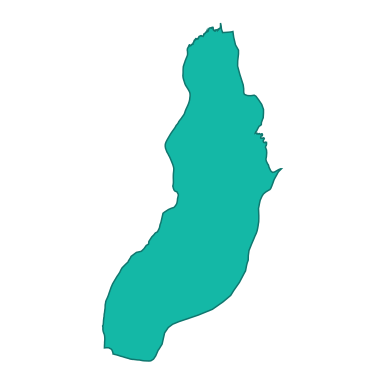 outline of Ngoi, Louangphrabang, Laos
{"feature_id": "54806243B52412809783440", "entity_name": "Ngoi", "entity_type": "district", "adm_level": 2, "iso_a3": "LAO", "parent_name": "Laos", "parent_adm1": "Louangphrabang", "projection": "equal_earth", "projection_center": [102.68, 20.655], "detail": "fine", "context": "isolated", "style": "filled", "palette": "teal", "viewbox_px": 384, "rotation_deg": 0, "n_neighbors": 0, "source": "geoboundaries", "source_scale": "gbopen_adm2", "svg_char_len": 5914}
<svg xmlns="http://www.w3.org/2000/svg" viewBox="0 0 384 384"><path d="M187.5,51.4L187.6,53.8L187.5,55.0L187.1,56.2L186.3,58.1L185.3,60.5L184.9,61.8L183.8,65.0L183.3,66.6L183.2,68.0L183.1,69.8L183.1,72.5L183.0,74.4L182.9,75.7L183.1,77.6L183.5,79.3L184.1,81.1L184.9,83.7L185.6,85.3L187.9,88.9L188.8,90.5L189.5,91.8L190.0,93.5L190.1,95.8L189.9,97.4L189.6,100.0L189.1,101.9L188.5,103.7L188.0,104.9L187.2,106.7L186.2,108.8L185.4,110.7L184.9,112.2L184.4,113.7L183.8,114.8L182.7,116.3L181.2,118.5L180.0,120.0L178.8,121.6L178.2,122.9L177.3,124.2L176.2,125.4L175.0,127.6L173.6,129.6L172.5,131.1L171.2,133.0L170.3,134.4L169.2,136.3L168.2,138.0L167.0,140.1L166.1,141.9L165.7,142.9L165.3,144.2L165.2,146.1L165.5,148.2L166.9,152.0L167.9,153.6L168.6,155.1L169.4,156.5L170.2,158.2L170.9,159.9L171.9,162.3L172.8,164.6L173.5,166.9L173.8,168.6L173.7,170.9L173.4,173.6L173.3,175.7L173.3,177.9L173.4,180.8L173.4,182.7L173.2,184.5L172.8,186.1L173.0,186.7L173.3,188.1L174.0,190.0L175.1,191.2L176.9,191.8L178.2,194.2L178.3,195.4L177.9,197.2L177.5,198.9L177.4,200.4L177.1,202.2L176.7,203.7L175.8,205.2L174.6,206.8L173.8,207.5L171.2,208.3L168.5,209.5L164.5,212.1L163.0,213.3L160.9,222.5L160.1,224.6L159.4,228.0L157.5,231.8L155.3,233.0L153.8,234.9L151.8,236.9L148.9,241.4L148.5,244.2L146.3,245.4L144.0,248.7L141.3,251.3L136.4,252.4L134.4,253.9L131.1,256.4L130.4,257.9L128.5,260.8L128.0,262.1L127.3,262.7L125.8,264.1L122.2,267.7L121.0,269.7L119.8,272.3L118.9,273.7L118.3,274.6L117.1,276.3L115.0,279.8L112.6,283.9L111.7,286.0L111.1,287.3L110.6,288.8L109.7,291.4L108.9,293.7L108.3,295.5L107.9,296.5L107.4,297.7L106.2,300.3L105.7,301.7L105.6,302.8L105.2,304.8L105.1,308.1L104.8,310.1L104.5,312.8L104.3,313.6L104.1,315.1L104.1,316.3L103.8,317.9L103.5,320.7L103.4,322.7L103.2,324.9L102.6,326.0L102.9,327.1L102.9,327.7L102.9,329.7L103.2,331.4L103.7,333.0L104.2,334.1L104.6,335.8L104.8,338.5L104.8,339.8L104.6,342.2L104.6,343.5L104.5,344.8L104.4,347.9L106.8,347.7L108.8,347.8L109.7,348.3L111.3,349.2L111.7,349.7L112.1,350.3L112.3,350.9L112.6,351.7L112.8,352.3L113.1,353.5L113.0,353.9L115.0,354.5L115.6,354.6L117.1,355.0L118.7,355.5L120.4,356.1L121.2,356.3L123.1,356.8L124.2,357.2L127.0,358.0L127.8,358.2L128.4,358.4L129.2,358.6L129.8,358.9L130.2,359.0L132.6,359.4L133.5,359.4L137.5,359.9L139.5,360.0L142.4,360.6L144.3,360.8L149.1,361.0L150.8,360.8L151.7,360.3L153.5,359.1L155.7,355.9L158.2,350.1L158.7,349.6L162.1,344.1L164.6,332.9L168.3,327.5L172.7,324.2L179.0,321.6L198.2,315.1L212.4,309.3L223.1,301.8L230.7,295.4L233.8,290.4L239.4,282.4L244.5,272.7L245.5,271.0L246.6,265.3L247.2,262.9L248.2,260.1L248.3,255.6L249.0,250.5L251.6,244.0L253.8,238.9L254.9,236.2L256.3,233.2L257.1,230.8L257.6,228.5L258.1,225.8L258.4,223.6L258.7,221.9L258.8,218.7L258.8,215.6L258.5,208.4L259.0,206.0L259.5,203.3L260.2,200.2L262.0,196.2L263.4,194.0L265.6,192.1L268.2,190.5L269.8,189.6L270.5,188.8L271.1,187.7L271.4,186.8L271.9,185.8L272.1,185.1L272.7,183.6L274.1,179.6L277.1,174.2L277.9,172.6L278.9,171.3L280.1,170.1L281.4,168.8L280.6,168.8L278.5,169.7L274.5,172.0L272.6,172.4L270.8,171.0L269.0,167.2L268.4,164.9L267.7,164.0L266.3,161.1L265.9,159.1L266.4,156.8L266.7,152.9L266.5,150.0L265.5,147.4L265.7,146.5L265.8,146.0L266.0,145.6L266.3,145.4L266.3,145.0L266.4,144.5L266.6,144.1L266.6,143.6L266.3,143.3L266.4,142.7L266.5,142.4L266.2,142.3L265.9,142.4L265.7,142.1L265.4,142.2L265.1,142.6L264.9,142.7L264.5,142.4L264.2,142.5L263.7,142.4L263.6,142.0L263.3,141.7L263.1,140.8L263.3,140.5L263.5,140.1L263.7,139.8L264.0,139.2L264.3,138.4L263.9,137.9L263.6,137.8L263.2,138.1L262.8,138.0L262.4,138.4L262.0,138.4L261.7,138.3L261.4,138.0L261.1,137.9L260.7,138.1L260.6,137.9L260.7,137.3L260.8,136.9L261.0,136.3L261.4,136.0L261.6,135.7L262.1,135.8L262.3,135.7L262.5,134.7L262.3,134.4L262.2,133.9L261.8,133.9L261.4,133.8L260.9,134.1L260.5,134.4L260.3,134.3L260.0,134.2L259.5,133.6L259.2,133.7L258.8,133.7L258.3,134.1L258.1,134.0L257.5,133.9L257.0,133.9L257.0,133.7L257.0,133.2L256.7,133.1L256.1,133.1L255.5,133.0L255.3,133.1L255.8,131.7L256.6,131.0L257.8,128.5L258.6,127.1L259.2,126.1L259.8,125.9L260.8,125.1L261.3,124.7L261.4,122.6L262.8,118.6L263.2,117.9L263.5,112.9L263.5,109.4L261.7,104.4L258.6,99.8L255.9,96.2L254.2,95.2L250.9,95.7L247.6,95.6L245.6,94.9L244.6,94.4L244.1,93.8L243.7,92.2L243.7,88.8L243.2,84.9L239.8,74.3L237.6,66.1L237.7,60.9L238.5,53.9L238.5,50.2L235.5,44.9L233.7,37.3L232.9,31.5L231.4,31.9L228.6,32.2L222.6,32.6L222.4,32.0L222.4,31.7L222.0,30.8L221.7,29.9L221.4,28.7L221.3,27.7L221.2,26.7L221.0,25.3L220.5,23.0L220.5,24.4L220.5,25.4L220.5,26.5L220.3,27.7L219.5,28.5L219.2,28.8L219.0,29.0L218.1,30.0L218.2,29.2L217.7,29.5L217.5,29.8L217.2,29.9L216.3,29.8L215.7,29.9L215.5,30.1L215.7,30.7L215.6,30.9L215.0,31.1L214.1,30.6L213.9,30.0L213.8,29.8L213.4,29.9L213.2,29.6L213.2,29.2L213.2,28.8L213.2,28.2L213.2,27.8L212.9,27.3L212.5,27.4L212.2,27.3L211.7,27.5L211.5,28.2L211.2,28.2L211.0,27.9L210.4,27.8L210.0,27.9L209.1,28.3L208.8,28.8L208.6,29.7L208.3,30.4L208.0,31.4L207.8,31.4L207.5,31.6L207.3,31.6L207.1,31.4L207.0,30.6L206.8,31.1L206.8,32.0L206.5,32.2L206.0,32.0L205.7,32.4L205.5,32.7L205.4,33.1L205.2,33.2L204.9,33.2L204.7,33.5L204.5,34.1L204.3,34.2L203.9,34.0L203.7,34.3L203.7,35.0L203.5,35.7L203.2,35.8L203.0,36.0L202.9,36.4L201.7,35.8L201.6,36.1L201.3,36.2L201.0,35.8L200.7,35.7L200.4,35.9L200.2,36.0L199.9,36.3L199.6,36.2L199.3,36.3L199.0,36.6L198.8,36.9L198.8,37.6L198.4,37.8L198.1,38.2L198.1,38.8L197.9,39.0L197.5,38.7L197.3,38.6L197.0,38.6L196.6,39.3L196.3,39.2L196.0,38.7L195.7,38.6L195.5,38.9L195.5,39.4L195.3,39.9L194.9,40.1L194.7,40.4L194.5,40.1L194.3,40.3L193.9,41.3L193.6,42.4L193.4,42.8L193.1,42.9L193.0,43.2L192.9,44.3L192.6,44.4L192.2,44.2L191.9,44.4L191.5,44.5L191.3,45.1L191.0,45.5L190.5,45.4L190.1,45.4L190.0,45.6L189.8,46.0L189.7,45.9L189.7,45.0L189.6,44.8L189.4,44.8L189.1,45.2L188.7,46.1L188.5,46.6L188.4,47.1L188.1,47.4L187.8,47.9L187.4,48.8L187.3,49.7L187.3,50.5L187.5,51.4Z" fill="#14b8a6" stroke="#0f766e" stroke-width="1.5"/></svg>